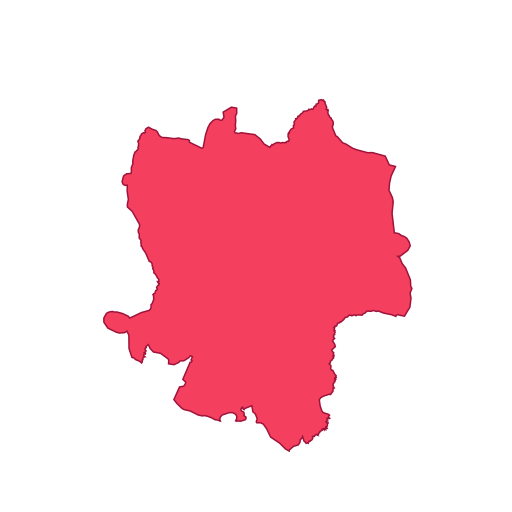 Wa Municipal, Upper West, Ghana, rotated 299°
{"feature_id": "2480657B26357719954092", "entity_name": "Wa Municipal", "entity_type": "district", "adm_level": 2, "iso_a3": "GHA", "parent_name": "Ghana", "parent_adm1": "Upper West", "projection": "natural_earth1", "projection_center": [-2.475, 10.039], "detail": "fine", "context": "isolated", "style": "filled", "palette": "rose", "viewbox_px": 512, "rotation_deg": 299, "n_neighbors": 0, "source": "geoboundaries", "source_scale": "gbopen_adm2", "svg_char_len": 6129}
<svg xmlns="http://www.w3.org/2000/svg" viewBox="0 0 512 512"><g transform="rotate(299 256 256)"><path d="M316.5,99.5L314.1,98.1L311.7,98.1L310.7,99.3L309.7,99.1L309.3,97.8L307.0,96.6L305.7,97.0L304.5,96.6L301.9,97.4L299.0,97.0L297.9,98.5L294.8,100.1L293.8,100.0L293.3,100.9L291.0,101.0L290.4,100.4L289.0,100.4L288.5,99.8L285.1,100.2L279.4,102.1L277.1,103.5L272.6,104.2L269.5,106.1L267.6,106.6L265.2,103.0L262.5,101.6L261.5,101.4L256.0,102.9L254.4,104.8L254.2,106.0L254.4,107.5L255.5,109.1L250.2,111.9L243.5,117.0L239.3,118.2L236.5,119.8L235.0,126.1L227.2,138.8L225.0,140.0L221.5,140.4L219.5,141.8L218.6,143.3L215.1,145.1L213.8,148.1L212.1,148.6L210.1,150.3L209.1,150.5L208.9,151.7L207.4,153.5L205.1,158.1L199.5,165.3L199.9,166.9L198.9,168.8L196.8,170.2L196.2,171.5L194.8,171.8L193.7,173.8L191.8,174.8L191.2,177.2L189.0,180.6L188.5,182.2L186.6,183.4L185.9,182.2L185.0,183.7L185.0,184.5L184.3,184.4L183.9,185.0L181.9,184.3L180.1,184.4L179.3,185.8L178.1,185.8L177.2,185.0L174.1,185.7L173.4,184.8L172.2,184.6L171.8,185.5L168.4,187.6L164.2,188.2L162.4,187.8L160.3,189.2L158.2,189.4L156.6,188.9L151.0,183.2L140.5,175.7L141.4,173.7L141.0,167.3L139.7,161.8L138.2,159.0L138.1,157.8L136.6,155.5L134.4,153.5L132.8,153.0L128.0,153.0L124.3,155.1L121.1,161.4L121.6,170.5L122.3,173.7L125.3,178.3L127.7,179.5L125.1,183.2L113.5,189.8L107.1,196.7L107.7,198.6L107.0,200.9L107.5,205.0L107.0,207.8L108.2,207.9L109.7,206.9L110.5,207.4L111.8,206.5L113.3,206.9L114.0,207.8L114.6,205.8L116.0,205.6L116.6,206.8L117.3,206.5L117.4,205.1L118.9,205.9L119.9,205.7L120.1,204.7L120.8,203.9L122.8,204.4L123.4,203.6L126.3,204.8L123.8,208.2L122.3,212.8L124.6,219.7L123.4,229.0L122.5,230.2L119.3,231.8L121.2,237.0L125.4,240.0L127.5,240.5L129.3,243.6L130.2,244.2L134.6,246.5L136.9,246.9L137.1,249.2L133.6,249.6L133.5,250.7L132.7,251.0L131.9,250.9L131.2,249.9L112.6,251.8L111.6,255.7L109.7,256.2L107.1,255.9L104.4,252.6L90.6,253.8L88.7,258.3L86.8,265.2L86.8,267.6L88.5,273.4L88.9,282.6L90.1,286.6L91.2,287.9L92.3,291.0L93.0,296.1L92.9,299.4L94.0,302.3L94.1,304.3L94.4,304.9L95.5,303.5L97.9,302.9L100.5,303.5L105.8,308.3L107.7,311.5L107.7,314.9L106.4,317.0L104.3,318.0L102.0,318.1L102.0,319.0L102.9,320.0L104.0,322.6L107.7,326.1L108.9,326.1L110.3,325.3L110.5,322.8L111.8,322.5L113.5,321.0L113.4,318.9L114.1,317.3L115.4,317.0L117.2,317.4L117.3,317.8L116.1,318.2L115.9,320.1L117.3,320.2L123.0,324.9L118.1,328.9L118.0,330.4L117.2,332.4L114.2,336.0L111.1,336.6L110.5,337.5L112.3,340.8L112.5,343.9L110.0,349.1L104.7,356.6L103.8,367.4L101.5,375.4L101.5,379.6L102.7,379.2L107.7,381.1L111.3,384.6L114.4,384.8L116.7,383.8L118.8,384.5L120.7,384.3L117.3,387.8L117.0,389.8L116.4,390.6L117.6,391.8L117.5,392.5L120.1,392.3L120.4,393.2L122.7,394.1L124.3,393.9L125.4,392.9L126.5,394.6L127.1,394.1L128.8,395.1L129.1,396.5L129.4,395.7L129.9,396.0L130.2,397.1L131.8,396.8L132.6,397.3L133.4,396.9L135.6,398.4L136.4,397.8L136.5,398.2L137.3,398.4L137.0,399.9L137.9,399.4L138.0,400.9L138.6,400.2L139.7,401.8L140.2,401.0L139.9,400.0L140.8,399.9L141.1,400.7L142.3,400.7L143.9,399.7L144.4,400.1L145.1,399.8L144.4,399.1L145.0,397.5L146.6,398.6L147.8,396.9L148.5,396.9L149.1,397.3L148.9,398.5L149.8,399.1L150.0,397.8L151.2,397.2L152.4,397.5L152.7,396.3L151.6,390.6L152.5,388.6L156.3,384.5L161.1,381.0L163.6,381.4L166.0,382.8L170.6,387.1L170.9,388.3L175.0,388.9L177.9,387.5L178.5,388.4L179.3,387.0L181.3,385.5L184.2,385.9L184.5,385.2L185.4,385.7L186.3,384.7L186.8,385.3L187.2,384.1L188.5,384.2L188.2,384.9L188.6,385.2L189.3,384.3L190.2,384.1L190.9,382.0L193.3,378.5L192.7,377.3L194.1,375.5L195.3,375.4L196.6,374.4L197.1,372.2L198.5,372.8L200.0,372.1L201.8,372.9L203.6,372.8L204.1,373.3L204.9,373.1L205.7,372.0L206.3,372.7L207.1,372.3L207.1,371.5L209.3,370.6L209.4,369.1L210.5,367.8L215.2,369.3L216.9,367.7L218.8,364.3L219.5,364.0L222.0,364.7L222.1,363.7L222.8,363.5L223.1,362.7L224.6,362.3L225.4,362.9L226.0,362.3L227.4,362.2L227.9,362.0L228.3,360.9L229.1,361.1L229.0,360.2L230.7,359.8L231.0,358.9L232.2,359.5L232.9,358.9L233.8,360.4L236.8,360.0L238.2,361.6L239.3,361.5L239.5,362.3L243.0,363.6L245.3,363.7L247.1,365.6L249.4,366.2L250.3,368.0L250.1,368.7L251.9,370.3L252.5,371.4L252.3,372.4L253.6,373.1L255.7,377.5L257.2,377.7L259.2,379.1L261.7,379.8L263.4,383.5L265.1,384.8L266.0,388.4L267.1,389.4L268.0,395.5L270.4,403.1L271.0,407.6L272.2,407.5L273.2,408.0L275.3,415.0L285.8,415.4L294.3,412.0L298.4,408.7L303.2,408.1L304.7,405.9L310.0,402.6L318.1,392.6L320.2,387.6L324.1,382.6L324.5,380.2L325.8,382.2L334.5,386.0L339.6,386.0L342.6,383.1L344.7,379.1L344.9,375.6L344.4,373.7L344.8,370.0L343.4,365.7L359.3,354.3L370.0,349.7L373.3,346.9L377.9,340.5L384.4,337.5L391.5,335.4L401.9,334.6L400.3,328.4L406.0,320.6L402.9,307.7L400.5,303.6L397.9,293.3L397.1,288.6L397.5,280.3L397.0,277.0L399.8,269.2L399.7,267.7L405.0,261.0L406.6,259.9L407.8,260.0L410.2,258.9L411.7,257.2L411.9,256.1L413.1,254.7L413.1,253.3L414.4,251.8L414.8,250.6L416.1,249.4L418.8,248.3L418.9,247.7L418.1,247.3L418.3,246.3L420.4,245.7L423.0,242.4L424.3,241.6L424.5,240.2L425.2,239.5L424.2,238.5L424.6,237.7L422.6,235.3L420.0,236.6L417.8,235.0L416.5,235.7L415.8,235.5L415.4,234.5L412.0,234.7L411.5,233.1L410.2,232.4L410.0,231.1L409.0,231.1L407.6,230.2L405.5,227.3L403.9,227.4L401.7,226.2L399.2,225.9L399.0,225.2L398.4,224.9L397.7,225.3L395.8,225.0L395.3,224.2L394.6,224.7L391.6,224.3L389.3,225.9L388.2,225.4L386.3,226.8L384.0,225.2L381.1,224.9L379.5,225.5L379.5,224.8L378.6,224.8L375.9,226.2L373.9,228.6L372.1,228.9L371.9,228.1L370.5,227.1L369.9,227.4L369.0,226.1L367.9,223.9L366.7,222.8L366.5,221.4L365.3,219.2L362.7,217.3L361.6,217.1L361.2,215.9L360.2,216.2L359.4,215.5L357.7,215.5L357.9,208.7L360.4,203.1L361.6,196.1L356.6,183.2L354.8,181.5L353.6,178.0L354.5,176.7L357.4,176.7L359.9,174.8L364.6,172.6L367.7,170.6L369.1,170.0L371.1,170.1L375.5,167.7L376.0,167.3L374.2,162.3L365.9,157.5L361.9,160.7L358.4,160.4L357.3,158.6L357.7,157.3L355.9,154.2L353.6,152.8L349.6,151.6L344.9,151.7L337.7,153.1L325.2,157.2L324.0,156.7L323.2,142.7L324.8,141.7L324.8,140.0L322.3,134.0L321.7,131.2L318.9,127.4L316.1,120.3L314.1,116.4L314.4,113.0L316.6,109.7L317.3,107.6L316.6,104.1L316.5,99.5Z" fill="#f43f5e" stroke="#9f1239" stroke-width="1.5"/></g></svg>